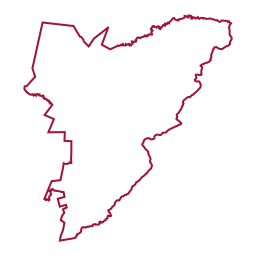 outline of Shamva, Mashonaland Central, Zimbabwe
{"feature_id": "62879985B93379184763454", "entity_name": "Shamva", "entity_type": "district", "adm_level": 2, "iso_a3": "ZWE", "parent_name": "Zimbabwe", "parent_adm1": "Mashonaland Central", "projection": "mercator", "projection_center": [31.712, -17.164], "detail": "fine", "context": "isolated", "style": "outline", "palette": "rose", "viewbox_px": 256, "rotation_deg": 0, "n_neighbors": 0, "source": "geoboundaries", "source_scale": "gbopen_adm2", "svg_char_len": 5664}
<svg xmlns="http://www.w3.org/2000/svg" viewBox="0 0 256 256"><path d="M75.5,237.7L75.9,236.5L76.9,235.7L76.9,234.3L79.4,233.3L81.0,231.7L81.4,228.5L82.6,227.2L83.4,227.2L85.4,227.6L85.9,227.1L86.8,227.2L87.6,226.7L88.5,226.8L89.2,226.4L92.5,226.0L92.7,224.9L94.5,224.1L95.1,224.1L95.6,224.7L96.6,224.5L97.5,224.7L99.1,224.4L99.4,223.9L99.3,222.3L99.7,221.8L100.3,221.7L100.5,222.4L101.0,222.7L101.4,222.0L102.8,222.3L103.6,221.3L104.7,220.4L105.5,220.4L105.8,219.1L107.3,218.5L107.3,218.3L107.5,218.2L107.6,216.4L108.1,215.6L109.5,216.1L110.9,216.0L111.1,215.7L110.0,213.1L108.9,212.0L108.8,211.2L108.3,210.4L111.1,208.7L112.3,206.8L114.5,205.1L115.1,202.4L116.7,200.6L117.8,200.2L119.3,200.4L120.6,198.0L121.6,196.6L122.0,196.6L122.5,196.3L123.4,196.3L124.6,194.9L126.4,194.8L127.3,194.0L128.2,193.7L129.2,192.6L129.5,191.5L130.6,190.6L131.7,188.8L131.7,188.0L132.3,186.6L132.8,186.0L133.7,185.8L134.6,185.0L135.4,184.1L136.2,182.2L137.6,181.7L140.1,179.5L141.7,177.3L142.9,176.6L146.8,173.2L148.5,170.8L151.1,168.4L152.0,165.5L151.1,163.4L150.1,162.2L150.1,160.4L150.5,159.6L150.5,158.8L149.8,156.7L148.8,155.2L148.0,151.6L146.9,150.2L145.8,149.5L144.0,146.9L142.2,144.8L142.4,143.8L143.5,142.1L143.9,140.4L145.5,138.9L147.7,138.2L149.1,138.2L150.7,139.4L153.1,139.1L154.1,138.6L154.4,138.2L154.5,136.3L155.3,135.3L156.8,134.7L157.6,134.6L159.9,135.1L160.9,134.9L161.5,134.4L162.6,132.8L165.8,132.5L166.6,131.9L167.5,130.7L169.8,129.2L176.2,126.2L177.1,126.0L178.9,124.8L180.2,124.5L181.3,123.7L181.2,123.1L180.0,122.2L179.1,121.0L177.3,119.9L176.4,118.9L176.5,118.4L177.2,117.3L176.7,114.6L178.5,113.0L181.4,108.5L182.0,106.7L183.0,105.0L183.0,104.2L183.5,103.6L182.9,102.0L183.1,101.3L183.8,100.3L187.7,97.2L188.8,96.9L189.8,97.3L191.5,95.4L193.3,94.5L194.1,93.5L196.2,91.9L200.4,87.4L200.8,85.0L199.5,81.8L198.7,81.3L196.8,81.5L195.7,81.2L195.0,80.6L194.8,79.9L194.9,79.6L196.1,78.4L196.3,77.9L196.2,76.7L195.8,75.5L195.9,74.7L197.5,74.6L199.9,75.1L201.5,74.7L201.6,74.4L201.2,73.6L201.4,72.1L201.3,70.6L202.0,68.6L202.1,67.3L201.8,66.8L200.5,65.9L200.5,65.6L202.0,64.5L204.2,63.7L205.1,63.1L207.4,62.6L208.5,61.9L209.4,61.6L209.8,61.0L210.7,60.3L210.8,60.0L210.3,59.3L211.4,56.9L211.2,54.5L211.8,53.6L213.5,48.7L214.0,48.4L214.4,47.4L216.4,47.1L218.6,48.5L220.4,49.1L222.7,48.8L224.0,47.7L226.3,46.3L227.6,46.1L228.4,45.5L229.1,45.1L230.1,43.6L229.8,42.3L231.6,39.2L231.7,38.1L231.3,36.9L229.9,35.4L229.6,33.9L229.6,29.7L228.9,27.6L229.4,26.8L229.7,24.9L231.0,23.3L229.5,22.5L228.8,21.3L228.0,21.7L228.0,21.4L226.9,20.9L225.1,20.9L222.4,20.4L221.6,20.7L220.3,21.8L219.8,21.9L217.6,20.9L217.5,20.3L217.0,20.1L215.3,20.2L213.8,19.4L211.7,19.2L210.5,18.5L206.3,18.9L204.6,18.1L203.9,18.1L203.4,18.6L203.1,18.0L201.6,17.8L200.4,18.1L199.2,18.8L198.8,18.7L198.4,17.8L197.8,17.1L196.5,18.3L195.7,18.5L195.2,18.3L194.7,17.5L193.6,17.7L193.1,17.3L192.6,17.2L192.2,18.6L191.6,18.7L191.1,18.2L191.3,16.1L189.3,15.4L188.5,15.5L188.4,16.4L188.7,16.9L188.6,17.4L187.5,17.4L186.6,16.3L184.7,16.0L184.9,16.8L184.6,17.6L184.0,17.7L183.2,18.3L179.4,19.3L178.5,19.3L178.3,19.5L178.4,20.4L177.0,20.3L175.4,19.6L174.7,19.1L174.1,17.9L173.5,18.0L172.4,18.9L171.2,20.6L169.3,22.2L169.1,23.3L168.2,22.7L167.7,22.7L167.2,22.9L167.2,23.8L166.7,24.2L164.9,23.7L164.8,24.3L165.3,25.1L165.1,25.7L163.7,25.0L163.0,25.2L162.6,26.2L162.0,26.7L160.3,29.2L159.8,29.0L158.8,27.9L158.7,27.2L159.3,26.7L159.0,26.5L158.0,26.3L157.1,26.5L156.3,27.6L154.7,26.9L153.9,26.0L153.1,26.0L152.5,26.7L152.7,27.0L151.9,27.3L151.7,27.9L150.8,29.0L150.9,29.5L152.4,30.1L152.6,30.5L152.3,31.1L151.2,32.2L151.4,32.9L152.1,33.8L152.0,34.5L150.3,34.7L149.4,34.3L148.3,34.7L148.0,35.8L147.6,35.9L147.1,35.6L146.7,36.5L145.5,36.1L145.0,35.4L144.6,35.4L144.4,35.6L144.1,36.5L142.6,37.1L141.1,37.2L140.2,38.2L138.8,37.5L138.5,37.5L138.4,37.8L137.4,37.6L136.9,38.1L136.6,39.0L135.8,39.7L136.3,40.9L136.1,41.5L135.1,41.8L134.3,41.4L133.8,41.8L131.8,41.5L131.9,42.2L132.7,42.8L132.8,43.5L130.8,45.5L130.0,45.6L129.4,45.2L129.8,44.3L129.5,43.8L128.3,44.0L126.7,44.8L125.8,44.1L125.6,45.3L125.0,45.5L123.7,45.3L123.3,44.5L123.1,44.3L123.0,45.1L122.4,45.2L121.4,44.7L121.1,45.4L120.4,45.1L119.3,45.8L118.4,45.9L117.6,45.5L117.2,46.1L110.2,49.3L101.8,44.7L108.1,27.8L108.0,27.6L93.9,38.6L88.7,46.4L83.7,41.3L83.5,39.8L81.3,37.0L79.8,36.5L73.0,25.1L73.2,25.5L72.4,25.9L42.6,22.5L32.4,68.4L35.2,76.7L26.6,86.2L24.7,86.3L24.3,88.6L24.7,89.1L24.7,89.7L25.3,90.2L26.3,91.8L27.0,92.0L27.3,92.8L28.3,93.1L29.4,94.3L30.2,94.4L30.8,94.8L32.2,94.3L33.2,95.2L33.3,94.7L33.8,94.5L33.7,94.9L34.0,95.3L34.6,95.0L35.3,95.0L36.0,95.6L36.4,94.3L37.2,94.0L38.6,95.1L39.0,94.3L39.6,94.3L40.1,95.6L41.4,96.1L42.0,96.2L42.8,95.5L43.3,95.6L43.5,95.9L43.5,97.1L44.0,97.5L43.7,98.0L44.1,98.1L44.4,98.7L44.8,98.4L46.2,99.1L46.9,100.1L47.6,99.9L48.1,100.8L49.1,100.9L49.3,102.3L50.0,102.3L50.1,103.4L51.0,103.1L51.5,103.4L51.6,104.0L52.3,104.8L44.6,115.0L53.9,119.1L48.4,132.3L64.8,132.1L64.5,140.9L71.4,141.2L71.3,155.0L71.0,158.3L71.3,163.1L70.8,163.0L71.0,161.7L69.9,162.2L68.7,163.3L67.6,163.9L64.9,163.9L63.6,163.3L63.2,166.9L60.5,180.1L51.6,181.2L44.4,198.9L45.5,198.9L45.6,200.0L46.2,200.0L46.3,199.5L46.6,199.2L47.5,199.3L48.5,200.2L48.6,199.5L49.4,199.6L49.1,198.3L49.3,196.3L51.0,194.8L51.2,194.3L51.2,193.9L50.5,193.3L50.8,191.4L50.5,191.1L50.2,191.5L49.5,191.1L49.5,190.6L50.1,190.3L51.4,190.1L51.4,189.3L52.9,189.2L53.5,189.7L53.8,190.3L54.8,190.8L56.2,190.7L58.1,191.2L60.0,191.3L61.3,192.0L63.3,192.0L63.5,191.4L64.5,196.9L57.8,198.8L59.8,206.6L66.0,204.9L66.7,207.5L63.0,209.3L64.2,212.9L62.2,215.6L60.7,220.1L64.4,222.6L63.1,229.8L60.7,235.9L59.9,240.6L72.9,238.4L75.5,237.7Z" fill="none" stroke="#9f1239" stroke-width="2"/></svg>